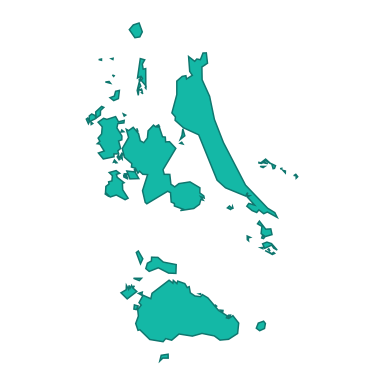 outline of Halmahera Selatan, Maluku Utara, Indonesia
{"feature_id": "22746128B2838702785556", "entity_name": "Halmahera Selatan", "entity_type": "district", "adm_level": 2, "iso_a3": "IDN", "parent_name": "Indonesia", "parent_adm1": "Maluku Utara", "projection": "robinson", "projection_center": [127.53, -0.746], "detail": "fine", "context": "isolated", "style": "filled", "palette": "teal", "viewbox_px": 384, "rotation_deg": 0, "n_neighbors": 0, "source": "geoboundaries", "source_scale": "gbopen_adm2", "svg_char_len": 6065}
<svg xmlns="http://www.w3.org/2000/svg" viewBox="0 0 384 384"><path d="M169.1,280.2L152.0,293.3L150.8,298.7L141.8,294.7L142.3,292.1L138.5,293.4L142.8,295.8L139.0,302.7L141.2,305.1L137.7,309.6L138.4,316.1L135.7,323.5L138.0,330.3L139.9,329.8L149.8,339.5L163.1,341.7L165.7,338.6L171.7,340.2L179.0,334.0L192.4,336.1L202.0,333.4L214.3,335.9L220.0,340.1L228.6,339.3L237.6,333.5L238.7,323.1L232.9,315.7L228.7,318.5L226.4,317.8L227.2,315.9L218.5,310.4L207.9,297.9L202.4,294.6L200.5,296.7L194.9,296.0L190.3,292.8L189.2,286.7L187.2,287.6L184.8,283.6L177.7,281.1L176.9,283.6L173.3,280.4L172.9,283.2L169.1,280.2ZM176.8,81.1L176.8,94.6L171.9,112.9L175.4,116.9L175.1,120.3L183.5,127.8L198.7,134.8L217.1,180.2L225.5,187.8L236.9,192.5L245.8,196.1L246.8,193.6L247.9,192.7L246.7,195.7L249.7,195.7L247.4,197.1L254.6,205.1L248.8,203.4L246.8,206.2L252.1,210.6L256.7,212.5L258.9,209.9L263.7,213.7L267.4,212.0L277.2,217.4L274.8,212.6L267.6,208.2L245.5,185.1L223.4,142.5L214.4,119.4L209.6,96.3L202.1,79.7L201.9,67.0L207.5,63.2L206.3,52.9L203.0,53.0L200.4,59.7L196.8,59.0L194.7,61.3L188.6,56.6L189.7,71.4L192.3,75.3L186.5,79.0L185.9,75.7L182.2,76.4L176.8,81.1ZM153.5,125.1L148.1,130.8L147.4,138.0L143.8,142.7L140.3,140.8L138.5,133.6L133.2,127.3L128.6,130.6L126.3,129.3L128.6,137.5L122.3,148.5L124.3,157.1L131.8,163.6L131.4,167.0L135.5,168.3L137.9,173.2L139.6,171.2L142.8,174.3L147.6,174.6L142.5,190.7L145.2,202.3L146.8,203.8L167.6,191.3L170.5,192.6L171.2,202.0L174.4,203.5L174.4,206.0L183.9,209.5L180.3,210.6L193.8,208.5L199.5,204.3L200.8,199.5L203.1,200.1L200.7,196.7L204.2,198.0L203.8,195.9L199.8,192.9L199.9,187.8L190.0,181.9L178.9,183.6L174.7,186.9L170.9,184.2L169.8,174.4L164.2,174.3L163.0,169.7L175.8,148.4L169.5,141.7L165.6,141.9L165.3,137.1L162.5,136.8L159.3,127.1L155.5,126.8L153.5,125.1ZM115.6,116.6L106.9,119.4L103.6,118.3L98.1,122.2L102.2,126.8L101.6,134.0L98.1,138.1L99.9,141.3L97.3,143.7L99.9,144.1L104.2,151.0L98.4,153.0L103.3,159.0L114.0,156.8L113.9,154.0L118.7,153.8L117.8,150.9L120.6,148.4L118.6,141.0L121.8,139.8L121.9,136.0L116.9,127.9L117.8,123.6L123.9,122.9L124.2,120.4L118.5,121.8L115.6,116.6ZM116.1,170.6L109.2,172.5L112.4,175.7L111.9,180.9L108.6,181.8L109.0,184.0L105.9,186.4L105.5,192.5L110.2,197.0L116.3,195.0L125.1,199.7L128.1,198.2L122.7,189.8L122.4,183.4L124.1,182.7L117.2,177.3L116.4,174.4L119.7,173.3L116.1,170.6ZM157.9,257.4L151.6,257.2L151.4,261.0L147.4,263.2L145.8,268.6L149.2,271.4L158.3,267.8L168.6,273.1L175.9,273.4L176.2,264.6L163.3,262.1L157.9,257.4ZM139.1,23.0L133.3,24.9L129.3,29.6L134.9,37.7L139.8,36.9L142.3,31.9L139.1,23.0ZM144.7,59.8L140.3,58.6L137.5,78.0L141.0,76.3L142.5,78.4L141.2,80.4L145.8,85.8L145.7,68.6L143.2,69.2L142.3,64.1L144.7,59.8ZM131.6,285.4L130.0,288.3L129.1,285.4L128.4,289.1L126.4,285.4L126.2,289.7L121.0,292.8L127.2,298.9L136.8,291.5L133.0,288.1L134.4,285.8L132.5,287.3L131.6,285.4ZM259.4,221.1L257.5,223.8L261.9,226.4L261.1,233.6L265.2,236.6L272.0,234.6L270.8,228.9L265.7,229.2L259.4,221.1ZM135.0,171.9L126.8,171.0L129.9,178.9L138.8,178.6L135.0,171.9ZM263.6,321.2L258.3,323.1L256.3,328.2L259.7,330.7L264.5,328.5L265.4,323.5L263.6,321.2ZM119.4,90.4L115.6,91.3L114.3,96.1L110.0,97.7L113.7,100.6L118.4,98.6L119.4,90.4ZM142.8,258.8L138.3,251.0L136.3,252.5L140.5,263.8L142.8,258.8ZM266.9,242.1L262.6,243.8L264.7,248.3L271.7,245.1L273.7,248.1L277.2,250.1L271.5,243.6L266.9,242.1ZM101.6,106.4L95.7,111.9L96.1,118.1L100.4,115.0L100.5,110.5L103.8,107.4L101.6,106.4ZM91.7,114.0L89.3,115.9L89.3,121.0L87.7,118.1L86.3,119.1L88.4,123.7L89.4,121.7L95.8,118.5L95.2,115.5L91.7,114.0ZM168.1,354.2L161.2,355.3L159.8,361.0L162.8,358.1L168.2,358.1L168.1,354.2ZM139.2,82.2L137.2,90.4L138.3,95.3L139.0,88.0L140.8,86.1L139.2,82.2ZM271.0,163.9L265.6,159.1L261.5,162.3L267.8,163.7L264.0,162.0L265.7,160.6L271.0,163.9ZM182.8,128.9L182.0,135.2L180.3,139.4L184.8,135.8L182.8,128.9ZM138.2,306.0L134.4,304.9L133.9,309.1L136.3,309.6L138.2,306.0ZM141.5,278.3L133.5,278.3L139.3,280.6L141.5,278.3ZM121.8,153.3L120.0,156.6L122.2,159.1L121.9,155.1L123.5,154.7L121.8,153.3ZM127.3,173.8L124.7,173.8L127.9,178.8L126.5,175.7L127.3,173.8ZM229.5,206.0L227.4,207.9L230.6,209.5L231.6,208.2L229.5,206.0ZM271.7,163.9L273.1,168.7L274.5,168.4L275.5,165.7L271.7,163.9ZM262.4,235.7L261.7,238.0L263.5,238.6L264.8,237.0L262.4,235.7ZM250.3,237.4L247.2,236.0L247.3,239.7L248.5,240.7L248.1,238.0L250.3,237.4ZM295.8,174.3L293.7,175.7L296.0,175.2L296.2,178.2L297.7,176.7L295.8,174.3ZM101.5,59.0L98.7,59.6L101.5,60.3L101.5,59.0ZM126.7,178.4L124.8,175.0L123.7,175.1L123.9,177.0L126.7,178.4ZM285.4,171.0L283.0,170.4L285.3,172.9L285.4,171.0ZM270.7,253.0L265.1,250.6L270.9,253.6L270.7,253.0ZM158.6,124.9L156.3,126.2L159.3,126.3L158.6,124.9ZM118.4,155.3L117.2,156.9L119.1,159.8L120.0,159.2L118.4,155.3ZM116.9,162.7L114.5,160.0L113.5,162.2L114.6,161.9L115.6,162.9L116.9,162.7ZM141.5,89.1L139.5,89.9L142.0,90.6L141.5,89.1ZM264.9,166.4L260.8,166.4L260.7,166.6L263.1,167.6L264.9,166.4ZM123.8,131.7L121.8,130.0L121.0,132.0L123.8,131.7ZM109.1,81.5L105.4,82.0L110.5,83.3L109.1,81.5ZM270.1,251.2L268.8,248.8L268.0,249.4L270.1,251.2ZM230.5,315.1L228.5,315.2L228.0,316.7L229.4,317.6L230.5,315.1ZM263.0,247.4L260.6,247.7L262.9,248.7L263.0,247.4ZM137.8,131.0L136.8,128.3L137.5,131.0L137.8,131.0ZM92.8,123.5L91.0,122.1L91.2,124.5L92.8,123.5ZM181.7,142.2L180.1,143.3L182.9,144.0L181.7,142.2ZM274.7,253.4L273.6,252.4L271.3,253.9L272.3,254.5L274.7,253.4ZM125.7,115.1L123.3,113.9L124.2,116.1L125.7,115.1ZM216.6,306.1L214.8,304.7L215.9,306.6L216.6,306.1ZM262.3,163.0L258.9,162.4L258.9,163.0L261.4,163.4L262.3,163.0ZM140.5,78.2L139.1,79.9L139.7,81.3L140.6,80.7L140.5,78.2ZM114.2,75.7L112.4,75.0L113.7,76.4L114.2,75.7ZM105.5,192.9L105.2,194.0L109.0,196.6L105.5,192.9ZM113.1,58.3L111.3,58.7L112.9,59.5L113.1,58.3ZM223.0,310.4L221.0,310.2L222.8,311.6L223.0,310.4ZM135.3,171.0L135.3,168.9L134.3,169.9L135.3,171.0ZM199.2,293.9L200.5,294.4L200.5,293.7L199.2,293.9ZM233.0,208.2L232.5,206.5L232.0,208.6L233.0,208.2ZM281.8,168.3L280.1,168.7L281.8,168.9L281.8,168.3ZM142.9,93.8L142.0,92.0L141.4,92.5L142.9,93.8ZM145.9,88.5L146.1,85.7L145.2,87.7L145.9,88.5Z" fill="#14b8a6" stroke="#0f766e" stroke-width="1.5"/></svg>